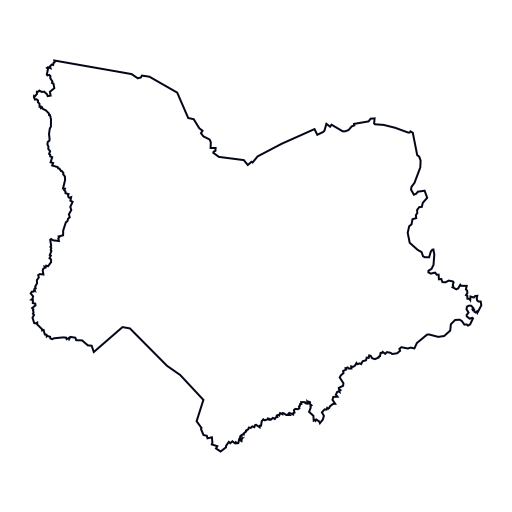 Chiang Yuen, Maha Sarakham, Thailand (orthographic projection), rotated 180°
{"feature_id": "78962969B29991085586419", "entity_name": "Chiang Yuen", "entity_type": "district", "adm_level": 2, "iso_a3": "THA", "parent_name": "Thailand", "parent_adm1": "Maha Sarakham", "projection": "orthographic", "projection_center": [103.106, 16.417], "detail": "fine", "context": "isolated", "style": "outline", "palette": "ink", "viewbox_px": 512, "rotation_deg": 180, "n_neighbors": 0, "source": "geoboundaries", "source_scale": "gbopen_adm2", "svg_char_len": 5982}
<svg xmlns="http://www.w3.org/2000/svg" viewBox="0 0 512 512"><g transform="rotate(180 256 256)"><path d="M459.9,172.8L458.1,173.7L448.9,174.6L446.0,174.4L445.3,172.8L443.1,174.1L442.8,173.0L441.6,175.1L436.7,174.3L435.8,171.8L429.9,171.6L424.1,166.6L420.4,166.3L418.2,160.0L389.5,184.9L382.1,183.6L345.0,146.2L331.8,137.0L308.6,112.1L315.4,90.8L310.5,84.0L311.0,82.9L308.5,77.0L305.2,76.2L304.5,73.7L300.1,74.7L299.6,69.3L300.2,67.6L294.7,65.8L296.0,63.5L291.4,60.5L286.0,64.7L286.0,66.1L283.2,70.1L281.8,68.8L279.6,70.7L277.2,68.8L276.4,68.6L276.1,69.7L274.7,68.7L273.7,68.9L272.9,72.5L270.5,70.9L270.3,71.9L271.1,72.4L270.2,73.3L272.0,72.8L272.0,75.0L271.5,75.9L270.5,75.6L270.8,76.6L269.9,77.3L268.2,77.5L268.4,78.5L265.8,80.6L266.0,81.5L263.7,82.7L263.2,84.4L261.2,84.1L259.7,85.6L257.7,84.8L256.9,86.9L256.0,87.2L252.3,84.7L252.2,86.3L250.9,86.4L250.3,90.7L248.7,92.7L247.5,91.7L244.1,92.7L244.0,93.5L242.6,93.1L242.7,92.3L241.3,92.2L239.1,94.1L237.2,93.0L236.3,94.6L234.7,94.9L235.2,96.5L233.9,97.1L232.8,96.5L231.9,98.9L229.5,97.7L229.3,98.9L228.1,98.6L225.7,97.0L222.6,97.0L223.7,98.0L222.7,99.1L218.8,97.5L218.7,99.0L217.5,99.4L218.1,101.9L216.7,103.1L214.1,102.8L212.6,103.7L213.0,105.6L212.1,106.2L212.0,107.8L210.7,108.0L210.9,109.9L207.2,109.9L206.6,108.8L205.0,108.4L204.8,110.4L203.9,109.1L203.4,110.3L202.0,109.8L202.1,108.0L200.5,106.7L201.6,105.8L201.3,104.3L202.9,100.1L198.6,96.2L198.3,91.4L197.1,92.0L196.5,91.2L195.7,92.5L192.8,90.5L192.1,88.8L189.2,92.4L188.1,96.2L190.1,99.6L187.4,102.6L185.5,102.4L184.8,104.1L183.8,103.3L182.8,104.0L182.0,105.8L178.9,108.1L176.8,108.2L179.5,112.2L178.7,115.1L174.5,115.3L176.1,117.3L174.9,120.0L173.3,120.6L172.4,120.0L172.6,121.3L171.6,121.9L173.1,122.9L173.2,124.1L168.9,126.2L168.6,128.8L172.3,134.5L171.2,136.6L168.5,138.9L168.9,141.0L165.8,142.5L166.5,143.8L164.3,144.5L163.2,143.5L160.6,143.5L160.8,145.6L159.1,145.1L157.2,146.2L155.5,149.0L154.7,147.8L152.2,148.6L150.9,147.9L149.3,150.8L146.0,151.7L145.3,154.4L143.3,154.1L142.8,156.6L141.4,156.2L139.8,153.7L137.0,152.9L133.3,154.5L133.2,155.4L132.0,155.8L131.4,159.1L129.8,159.2L129.3,160.1L126.8,158.2L125.0,159.9L121.5,159.2L119.8,158.0L114.9,158.7L111.9,161.2L112.6,163.1L110.6,164.8L104.1,163.5L101.4,164.4L97.6,163.6L95.1,169.0L84.9,177.4L82.8,177.5L73.7,175.1L67.8,176.0L61.8,181.4L61.1,187.8L56.9,192.0L52.4,192.3L50.2,191.0L47.6,187.4L45.1,187.5L44.0,186.4L41.9,187.6L39.0,193.6L39.7,194.2L42.3,193.3L45.2,195.6L45.4,197.0L43.5,199.4L45.5,202.8L45.0,205.4L42.9,206.4L40.7,206.2L38.7,203.9L39.6,202.8L39.0,201.7L37.8,202.1L37.6,200.3L36.3,199.5L35.1,200.5L34.6,199.2L30.7,206.6L31.3,210.5L33.5,210.5L34.8,211.6L35.3,213.7L34.7,216.2L36.8,216.0L38.2,214.5L41.5,215.5L41.8,212.0L42.5,213.0L44.6,213.3L44.7,216.1L46.0,216.9L44.6,218.9L44.9,221.4L46.1,222.7L45.3,226.1L51.0,226.2L51.7,227.2L53.8,223.6L55.7,222.7L59.5,224.8L58.7,225.6L59.2,227.2L58.4,229.6L59.0,230.5L63.2,231.4L66.6,229.7L69.6,229.9L70.7,233.0L73.1,232.7L73.4,237.3L75.3,237.3L76.9,239.4L81.2,238.4L83.6,239.6L83.5,241.3L80.5,243.1L78.5,247.1L77.7,257.5L78.6,262.5L79.7,262.3L81.2,260.4L82.9,254.7L87.3,254.8L89.0,255.8L90.4,259.9L94.3,262.1L102.3,269.2L104.3,279.2L102.8,285.8L100.5,287.6L99.5,292.8L95.8,293.9L96.1,296.9L94.7,299.0L94.9,302.1L92.7,304.9L90.2,305.1L89.2,309.2L84.8,314.2L87.4,321.3L94.1,320.3L95.8,318.3L98.1,317.3L101.0,322.4L100.5,325.2L97.5,329.2L91.7,344.6L91.4,351.4L92.8,355.4L94.8,356.9L99.2,379.2L101.5,380.6L102.4,379.5L103.7,379.4L116.8,384.2L128.4,387.1L137.0,387.7L137.9,388.6L137.4,393.6L141.4,393.3L143.4,390.6L158.0,388.1L157.7,386.6L160.3,385.6L163.4,382.0L166.8,380.7L169.3,380.7L180.5,387.3L181.9,385.3L185.6,388.2L187.6,381.2L188.9,380.0L194.7,377.2L197.5,382.9L230.4,368.2L254.4,355.6L259.4,349.5L260.5,350.2L264.2,347.0L268.2,351.9L293.1,355.1L298.7,359.2L298.4,360.3L296.6,361.2L296.4,364.0L301.4,364.0L301.2,369.8L302.4,372.5L308.6,375.6L311.0,378.8L309.5,381.3L312.7,383.7L318.3,392.8L323.8,394.0L334.8,419.4L362.6,435.3L370.1,436.4L371.2,434.5L374.2,433.7L380.4,437.9L457.7,451.5L457.4,449.7L458.4,449.1L458.9,447.0L460.3,447.4L462.0,445.6L461.5,443.8L464.0,444.8L465.0,444.1L464.0,443.1L465.2,437.3L464.5,436.6L462.8,437.1L461.6,436.0L461.7,433.7L459.6,430.6L460.0,429.1L458.5,428.3L457.7,423.8L462.1,420.2L461.4,416.4L464.3,415.9L465.0,417.7L467.8,420.3L470.4,420.1L472.6,421.4L473.4,420.5L475.1,420.3L475.1,418.0L477.0,415.8L477.9,416.2L478.1,414.9L477.0,412.4L475.5,412.7L474.0,411.6L474.1,409.8L472.6,408.4L472.4,405.2L471.2,405.4L471.1,404.0L469.9,404.6L469.4,403.2L466.2,401.7L463.1,398.5L462.9,396.9L462.0,396.9L461.0,392.6L461.1,385.4L462.2,383.4L463.0,378.0L462.4,372.8L462.7,371.2L464.2,370.1L464.6,367.8L463.6,365.4L463.7,363.0L461.9,360.8L462.9,358.1L461.8,357.2L461.8,355.6L459.8,354.8L461.4,349.7L458.9,349.0L459.8,346.5L454.3,344.9L453.8,343.6L452.5,343.4L451.2,341.1L450.3,341.1L448.6,339.0L448.8,337.7L447.1,335.5L446.9,332.0L449.0,323.5L447.1,323.3L447.8,321.8L446.6,320.6L446.5,318.8L443.5,317.9L444.0,317.1L443.5,314.8L442.4,314.2L440.9,314.8L441.6,311.3L439.4,310.2L441.7,305.0L440.7,302.0L443.1,297.7L442.3,294.7L443.9,293.3L444.6,290.8L446.1,289.8L448.8,281.5L448.9,276.7L453.3,275.6L452.8,274.6L453.7,273.7L453.1,271.0L459.0,271.7L460.9,273.0L461.8,272.2L460.8,266.2L461.6,265.1L460.7,263.9L461.3,262.0L460.6,261.0L462.2,256.9L461.2,256.3L462.5,253.8L461.0,252.6L460.9,249.9L463.9,245.8L465.8,246.3L466.2,244.9L467.4,245.3L467.0,244.2L468.7,243.3L469.3,241.5L468.6,237.5L472.2,237.9L473.8,236.9L473.2,234.5L475.1,231.9L475.0,228.7L476.9,225.1L476.3,223.7L477.6,222.9L477.1,221.3L477.9,221.8L478.5,220.4L480.2,220.3L481.3,218.5L478.9,215.7L479.5,213.1L480.6,212.3L479.1,211.9L479.2,208.9L476.8,208.4L476.5,206.6L479.9,203.9L478.6,202.5L479.0,201.6L478.4,199.7L479.1,198.3L478.0,197.1L479.5,194.3L477.8,188.9L476.2,188.6L474.8,189.4L474.8,187.6L469.9,182.7L469.9,181.6L468.4,182.0L467.2,177.5L465.5,177.3L465.3,175.6L464.7,176.1L461.9,175.2L461.7,173.7L459.9,172.8Z" fill="none" stroke="#020617" stroke-width="2"/></g></svg>